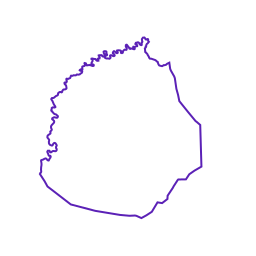 San Juan Bautista Atatlahuca, Oaxaca, Mexico (Albers equal-area conic projection), rotated 289°
{"feature_id": "50627088B89810270526717", "entity_name": "San Juan Bautista Atatlahuca", "entity_type": "district", "adm_level": 2, "iso_a3": "MEX", "parent_name": "Mexico", "parent_adm1": "Oaxaca", "projection": "albers", "projection_center": [-96.715, 17.584], "detail": "fine", "context": "isolated", "style": "outline", "palette": "violet", "viewbox_px": 256, "rotation_deg": 289, "n_neighbors": 0, "source": "geoboundaries", "source_scale": "gbopen_adm2", "svg_char_len": 5640}
<svg xmlns="http://www.w3.org/2000/svg" viewBox="0 0 256 256"><g transform="rotate(289 128 128)"><path d="M39.0,124.0L43.2,148.7L45.5,158.0L47.4,162.8L47.6,163.6L47.7,164.5L47.2,170.0L51.4,173.8L56.5,177.8L67.3,180.1L68.1,184.7L73.7,188.4L76.9,187.5L86.1,189.9L87.6,190.1L94.9,191.9L95.7,192.3L98.3,199.5L104.2,201.0L109.4,204.8L115.4,210.0L154.4,195.3L156.2,190.8L156.5,189.7L162.8,179.4L170.1,167.8L175.7,164.5L180.8,161.0L190.3,156.1L191.8,154.9L196.3,149.8L197.7,148.6L203.2,145.8L201.4,144.0L200.2,143.4L199.3,142.1L199.0,141.2L197.8,140.4L197.6,140.1L197.5,139.7L197.3,137.3L197.4,137.0L198.1,136.1L199.1,135.3L200.2,134.5L200.3,133.5L200.8,132.7L201.1,131.6L201.1,128.0L201.1,127.4L200.7,126.2L201.4,125.0L202.3,124.4L203.3,123.0L204.0,122.5L204.8,121.2L204.9,120.7L205.2,120.5L205.5,119.5L207.0,118.9L207.7,118.5L208.2,118.4L208.8,118.0L210.1,118.6L210.8,118.2L211.0,118.4L211.4,118.6L212.2,118.3L213.0,118.3L213.7,118.5L214.4,119.0L216.3,119.7L217.0,118.6L218.1,118.3L218.5,118.0L218.5,117.6L218.3,117.2L217.5,116.4L217.5,116.1L217.6,115.8L218.4,114.9L218.9,114.1L218.3,112.7L216.5,112.2L214.6,113.2L214.3,113.5L213.8,113.5L213.1,113.0L212.6,113.1L212.1,113.6L211.9,113.7L210.9,113.9L210.7,113.7L210.6,113.3L210.7,112.7L210.9,111.9L211.3,111.4L211.9,110.9L212.2,110.4L212.3,110.0L212.3,109.6L212.2,109.3L211.8,109.1L211.6,108.8L211.4,108.0L211.1,107.7L210.5,107.6L209.9,107.6L209.6,109.2L209.1,109.8L208.4,110.0L208.2,109.5L206.8,107.9L206.6,106.6L206.3,106.5L205.9,106.6L205.4,107.1L205.3,107.8L205.3,108.5L205.0,108.6L204.6,108.4L204.4,107.9L204.4,107.0L204.2,104.7L203.6,104.5L203.5,104.0L203.5,103.7L203.7,103.3L204.2,103.1L204.7,102.2L205.1,101.5L205.6,100.9L206.3,99.8L206.3,99.5L206.2,99.3L205.9,99.1L205.6,99.0L204.5,99.3L203.9,99.8L203.3,100.5L202.9,100.9L201.9,101.1L201.5,101.1L201.3,100.9L201.1,99.8L200.9,99.2L200.4,98.9L199.2,98.3L198.8,98.3L198.1,98.5L197.4,98.5L196.8,97.9L196.8,96.9L197.3,96.7L198.4,96.5L198.7,96.0L198.8,95.4L198.4,93.7L197.8,92.5L197.7,92.4L196.6,93.0L196.1,93.7L195.8,93.8L195.5,93.6L195.2,93.3L195.1,92.9L195.1,92.6L195.3,92.0L196.1,90.4L196.1,89.9L196.0,89.6L195.4,89.3L194.7,89.2L194.0,89.2L193.7,89.4L193.2,90.9L193.0,91.2L192.1,91.8L191.7,91.6L191.4,91.3L191.2,90.7L191.2,90.2L191.4,88.9L191.3,88.2L191.1,87.8L190.7,87.5L190.3,87.5L189.9,87.8L189.0,88.5L188.7,88.6L188.1,88.4L187.5,88.0L187.4,87.5L187.3,86.7L186.7,84.8L186.8,83.6L186.9,83.4L187.2,83.2L188.3,83.1L189.5,83.1L189.5,84.0L190.0,84.4L190.6,84.3L190.8,84.2L190.8,83.6L191.3,83.1L192.8,83.0L193.3,82.5L193.2,81.3L192.8,80.5L192.3,80.1L191.3,80.5L189.6,81.9L189.3,82.5L188.4,82.1L187.5,81.6L187.4,80.9L187.6,80.2L188.1,79.8L188.3,79.4L188.2,79.0L187.5,77.3L187.3,76.9L187.1,76.6L186.8,76.7L186.3,77.6L185.6,78.2L185.1,78.4L184.6,78.4L184.6,77.7L183.8,77.0L183.3,76.9L183.0,77.3L182.5,77.9L182.0,78.1L181.6,77.3L181.5,76.8L181.8,75.8L182.3,75.3L182.6,74.7L182.1,72.8L182.2,72.1L181.8,71.1L181.7,70.9L181.4,70.9L181.1,71.8L180.8,72.3L180.2,72.6L179.8,72.7L177.7,72.3L177.1,72.4L176.7,72.7L176.6,73.4L176.7,74.1L176.5,75.0L175.8,75.3L175.4,75.0L175.2,74.6L175.1,74.2L175.1,72.8L175.2,71.8L175.2,71.3L174.7,70.7L174.5,69.8L173.9,69.0L173.8,68.5L174.2,68.0L174.6,67.8L175.3,67.3L175.4,66.5L175.3,65.8L174.9,65.8L174.3,66.3L174.1,66.6L173.7,66.8L172.8,66.8L172.4,66.5L171.8,65.5L171.3,64.9L170.8,64.8L168.9,65.7L168.7,65.4L168.4,64.7L168.1,64.3L167.3,63.6L166.9,63.5L166.6,64.3L166.7,64.7L166.9,65.2L167.3,65.6L167.2,65.9L167.0,66.2L166.2,66.4L165.6,66.4L165.0,66.3L164.1,65.5L163.0,64.9L162.6,64.3L162.2,63.5L162.0,62.3L160.8,61.5L160.1,59.3L159.3,58.6L159.1,57.9L159.0,57.2L158.5,57.0L156.9,57.1L156.4,57.0L155.7,56.3L155.4,55.8L154.9,55.4L154.7,54.0L154.5,53.8L154.3,53.8L154.1,53.8L153.8,54.2L153.2,54.2L152.6,54.8L152.0,55.0L151.2,54.9L150.9,54.8L150.7,53.8L150.3,53.3L150.0,53.2L149.7,53.3L149.1,53.7L148.7,54.1L148.7,54.6L147.9,55.7L145.7,56.9L145.2,56.9L144.9,56.8L144.0,55.9L143.6,54.9L143.3,54.4L142.6,54.1L141.6,53.8L140.8,54.0L140.3,53.8L140.0,53.4L140.1,52.6L139.9,51.9L139.5,51.4L139.1,51.3L138.6,50.8L138.0,50.6L136.9,50.9L136.3,50.9L135.8,50.6L134.8,49.5L132.5,48.1L132.2,47.8L131.6,46.5L131.5,46.3L130.4,46.0L130.2,46.1L129.0,47.7L126.2,50.2L124.6,52.3L124.0,52.5L123.4,51.8L123.1,50.3L122.6,49.7L122.2,49.5L122.0,49.4L121.7,49.6L120.3,49.7L120.1,49.6L119.9,49.6L119.3,50.0L119.1,50.5L119.1,50.9L119.0,51.0L118.7,51.1L118.0,52.5L117.6,53.0L117.3,54.1L117.4,55.5L116.5,57.7L116.0,58.0L115.4,58.0L114.8,57.8L114.4,57.0L114.2,55.0L114.0,54.5L112.7,53.3L111.8,53.3L111.7,53.4L111.8,53.7L111.1,54.7L110.7,55.7L110.1,56.1L109.6,56.2L109.1,56.3L108.5,56.1L106.5,55.2L105.8,54.9L104.8,54.7L104.4,54.7L103.4,55.1L103.1,55.2L101.8,56.4L101.4,56.5L100.5,56.3L99.9,55.9L99.2,55.7L98.0,56.4L97.5,56.4L97.0,56.1L96.5,55.8L95.6,55.0L94.5,54.5L93.1,54.7L92.6,55.1L91.6,56.7L91.1,57.3L90.2,57.6L89.4,57.6L87.9,58.2L87.4,58.6L86.7,59.7L86.6,61.0L86.6,61.7L86.8,62.1L87.4,62.4L88.3,62.4L89.2,62.7L89.8,63.1L90.0,63.4L90.0,64.3L88.9,65.8L88.2,66.3L86.7,66.1L86.3,66.2L85.4,66.7L84.9,67.4L84.1,67.7L83.5,67.7L82.8,67.4L82.4,66.9L82.2,66.0L82.0,65.0L81.7,64.4L81.2,64.0L80.0,63.2L79.8,62.7L79.8,62.2L80.9,61.2L80.9,60.9L80.4,59.6L79.5,59.4L79.1,59.5L78.2,60.3L78.1,60.5L77.6,60.9L76.6,61.6L76.1,62.2L76.0,62.6L76.3,63.3L76.4,63.5L76.3,63.8L75.8,64.2L74.8,64.3L74.4,64.1L73.1,63.8L72.0,63.7L71.5,63.6L71.3,63.2L71.4,62.3L72.1,61.3L72.4,60.6L72.4,60.0L71.6,58.9L70.9,58.4L70.3,57.8L69.8,57.0L69.2,56.4L68.6,56.5L67.4,57.2L65.7,58.0L64.2,58.4L62.8,58.6L61.1,59.1L60.9,59.1L59.9,59.5L59.3,59.8L58.3,60.2L57.3,60.1L56.8,59.7L56.2,59.8L55.8,59.7L50.5,66.5L46.5,70.9L37.1,98.8L39.0,124.0Z" fill="none" stroke="#5b21b6" stroke-width="2"/></g></svg>